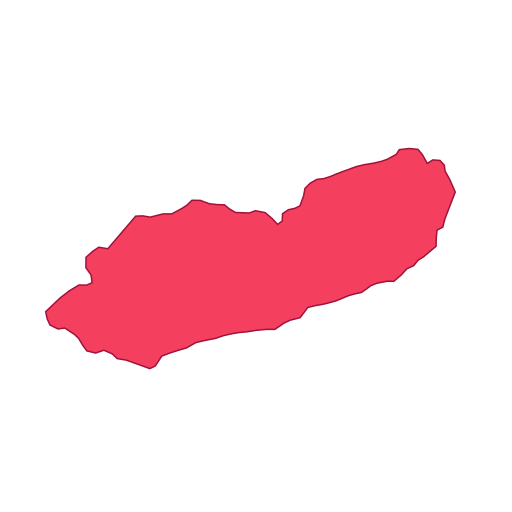 outline of Baixio, Ceará, Brazil, rotated 141°
{"feature_id": "56859067B56515520379315", "entity_name": "Baixio", "entity_type": "district", "adm_level": 2, "iso_a3": "BRA", "parent_name": "Brazil", "parent_adm1": "Ceará", "projection": "albers", "projection_center": [-38.756, -6.713], "detail": "fine", "context": "isolated", "style": "filled", "palette": "rose", "viewbox_px": 512, "rotation_deg": 141, "n_neighbors": 0, "source": "geoboundaries", "source_scale": "gbopen_adm2", "svg_char_len": 1606}
<svg xmlns="http://www.w3.org/2000/svg" viewBox="0 0 512 512"><g transform="rotate(141 256 256)"><path d="M415.4,245.3L409.4,235.3L403.5,233.9L392.2,237.5L383.7,234.7L375.2,231.4L368.2,228.4L357.1,226.5L348.6,222.4L339.4,217.5L331.2,214.5L322.6,210.2L317.1,207.0L310.1,202.4L302.1,197.8L293.9,192.3L287.5,187.1L276.4,186.2L269.8,184.6L260.6,180.3L248.1,183.4L241.1,180.1L235.6,177.0L230.4,174.4L222.1,170.8L215.7,168.9L208.6,166.8L202.9,164.3L197.0,161.3L191.3,160.9L185.4,160.7L179.1,158.7L169.9,153.8L164.9,149.6L155.1,149.9L146.7,151.1L139.5,149.3L132.9,150.7L126.2,149.9L119.4,150.1L110.0,150.2L104.4,156.7L99.1,162.1L92.6,160.9L86.1,165.8L60.9,180.3L57.2,193.9L55.6,203.1L52.5,208.0L52.9,214.5L58.1,219.4L64.6,220.2L62.9,230.1L63.0,236.9L69.1,243.0L77.7,248.5L83.1,246.7L93.3,248.6L99.1,250.7L106.1,254.1L114.3,258.8L121.9,262.4L133.8,266.5L141.7,269.1L147.6,270.8L154.5,273.4L160.4,277.2L167.8,278.5L175.4,277.7L181.4,272.6L190.4,267.3L195.8,268.6L201.7,271.6L208.7,272.2L213.6,266.7L219.3,267.0L219.9,275.0L221.6,284.0L228.0,291.6L234.1,293.6L238.9,297.8L244.6,302.8L247.1,309.5L248.3,315.6L253.6,320.2L259.4,326.0L264.3,334.3L270.7,339.6L278.0,339.0L283.6,339.6L294.9,341.7L301.9,347.3L313.8,352.8L318.7,358.4L324.4,362.7L366.6,354.9L372.7,361.8L380.1,362.4L388.9,362.0L395.6,353.9L396.1,345.1L400.2,338.4L406.0,340.0L411.9,344.9L423.0,346.4L434.3,346.7L454.5,345.1L457.9,338.4L459.5,331.9L455.8,323.9L449.9,320.3L446.4,309.2L445.7,303.3L446.9,295.4L447.2,288.7L441.7,281.5L433.5,278.5L429.2,270.1L428.5,263.7L422.5,256.9L415.4,245.3Z" fill="#f43f5e" stroke="#9f1239" stroke-width="1.5"/></g></svg>